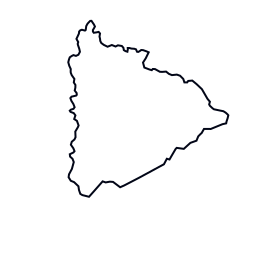 the district of Bañado de Medina, Cerro Largo, Uruguay, rotated 206°
{"feature_id": "84410073B9174181273623", "entity_name": "Bañado de Medina", "entity_type": "district", "adm_level": 2, "iso_a3": "URY", "parent_name": "Uruguay", "parent_adm1": "Cerro Largo", "projection": "robinson", "projection_center": [-54.279, -32.336], "detail": "fine", "context": "isolated", "style": "outline", "palette": "ink", "viewbox_px": 256, "rotation_deg": 206, "n_neighbors": 0, "source": "geoboundaries", "source_scale": "gbopen_adm2", "svg_char_len": 2163}
<svg xmlns="http://www.w3.org/2000/svg" viewBox="0 0 256 256"><g transform="rotate(206 128 128)"><path d="M131.6,191.9L132.0,190.4L134.3,190.0L139.8,189.5L143.2,193.4L142.6,198.5L142.6,205.1L145.0,205.0L148.6,204.6L150.3,203.9L151.1,202.4L152.1,200.9L153.3,200.5L155.3,202.2L157.0,202.0L159.7,200.9L161.8,200.5L163.3,199.8L162.6,198.5L162.0,196.3L164.0,196.0L165.9,196.2L167.3,198.1L169.5,199.0L173.3,197.9L174.9,195.8L178.9,195.5L182.0,192.1L186.2,192.1L189.3,192.7L191.1,194.1L192.3,196.0L193.7,197.7L194.6,200.7L196.5,201.5L198.3,200.1L200.5,198.6L201.8,199.3L202.5,200.7L202.3,202.6L202.2,204.7L204.0,206.1L206.1,207.3L207.8,208.3L208.9,207.7L209.6,205.7L210.1,203.9L210.2,201.2L209.6,199.5L209.0,197.6L209.4,196.7L212.5,196.1L213.7,194.9L214.2,193.3L213.5,191.3L213.4,185.5L210.4,183.4L210.1,181.6L209.5,180.8L206.5,177.8L204.6,175.4L204.7,172.1L206.4,170.0L209.0,169.6L210.2,168.0L211.3,166.0L211.1,163.7L210.5,160.9L208.1,158.2L205.3,155.9L204.5,154.0L203.7,152.6L201.7,150.8L197.7,148.6L196.7,145.2L194.1,143.6L193.0,141.2L192.3,138.3L189.5,136.9L188.6,135.4L188.8,134.4L192.5,131.4L192.9,129.6L190.8,127.6L187.6,125.6L185.1,123.3L185.4,121.3L187.4,119.4L187.9,118.0L186.7,117.3L183.3,117.6L180.8,116.3L180.3,112.5L177.0,112.0L173.5,108.6L173.4,106.6L173.8,101.7L171.1,96.7L171.1,94.2L172.5,91.0L172.0,87.9L168.2,85.8L165.9,83.7L166.3,82.1L168.8,78.9L167.5,76.9L164.4,76.0L161.8,73.6L160.5,66.7L160.7,60.5L159.8,57.7L156.3,55.5L152.7,55.7L147.0,53.9L144.9,50.8L142.0,47.9L139.6,47.7L132.9,49.1L131.0,55.8L127.4,68.9L124.2,69.3L120.8,71.8L117.8,73.0L109.1,71.3L106.3,74.6L96.2,88.2L79.8,111.2L79.7,114.4L79.6,117.4L76.9,117.9L76.6,122.3L76.0,130.1L75.5,131.5L68.7,133.7L65.4,142.0L60.9,146.6L61.2,151.3L60.1,154.6L59.6,155.7L59.3,160.5L53.2,163.4L44.8,172.8L41.8,175.2L42.3,177.1L42.7,180.2L43.4,183.4L44.5,183.9L46.9,184.6L49.6,184.9L53.4,183.9L59.0,182.5L60.7,182.8L64.2,183.9L65.4,184.8L65.9,187.5L69.4,189.1L78.6,195.3L85.6,197.5L91.0,198.8L94.5,196.7L94.8,194.9L97.3,193.7L99.8,196.3L104.1,197.8L107.5,197.4L111.7,194.8L115.0,194.6L118.5,195.4L121.4,193.7L123.9,192.5L129.6,192.8L131.6,191.9Z" fill="none" stroke="#020617" stroke-width="2"/></g></svg>